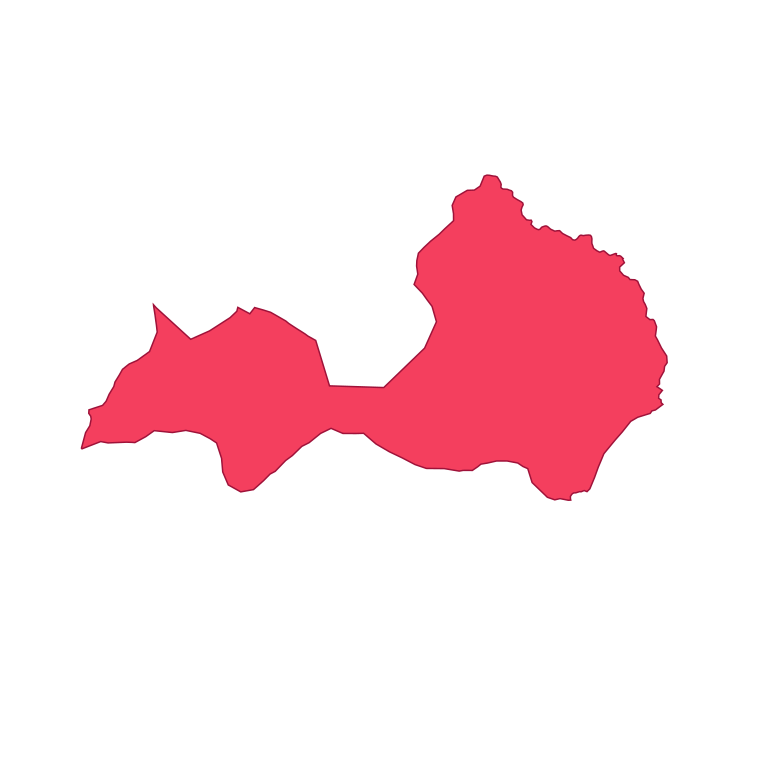 the district of Magama, Niger, Nigeria, rotated 44°
{"feature_id": "59680162B40491222708573", "entity_name": "Magama", "entity_type": "district", "adm_level": 2, "iso_a3": "NGA", "parent_name": "Nigeria", "parent_adm1": "Niger", "projection": "orthographic", "projection_center": [4.963, 10.29], "detail": "fine", "context": "isolated", "style": "filled", "palette": "rose", "viewbox_px": 768, "rotation_deg": 44, "n_neighbors": 0, "source": "geoboundaries", "source_scale": "gbopen_adm2", "svg_char_len": 3698}
<svg xmlns="http://www.w3.org/2000/svg" viewBox="0 0 768 768"><g transform="rotate(44 384 384)"><path d="M163.1,487.1L163.9,487.8L171.1,493.2L176.4,497.4L179.1,499.5L184.8,504.2L192.8,523.5L190.1,538.5L186.8,546.6L186.5,548.7L185.7,555.1L187.4,561.6L189.1,569.4L191.4,573.5L193.4,582.3L195.2,587.0L196.1,589.5L196.4,594.9L193.7,600.0L189.7,607.5L192.0,610.2L195.4,610.9L197.7,612.6L201.3,618.2L201.4,618.4L203.1,626.2L210.9,640.3L211.8,640.4L220.2,622.2L226.4,618.1L239.1,604.8L243.2,601.1L245.5,599.2L249.2,587.4L251.1,577.2L265.5,565.9L273.7,555.0L286.0,547.2L296.9,544.1L304.5,542.7L318.8,550.3L329.1,559.3L342.1,564.8L349.9,562.7L355.9,561.1L363.5,550.6L364.5,537.3L364.6,528.3L364.6,527.9L366.4,522.4L366.4,507.3L367.8,499.1L368.2,485.9L370.9,478.2L372.7,463.6L376.7,452.7L388.8,448.1L398.3,439.0L403.6,433.6L419.8,432.7L435.0,429.0L448.4,424.5L462.3,420.4L473.1,415.3L486.1,403.0L498.6,394.4L500.9,391.2L504.7,387.5L507.6,384.8L508.9,378.4L509.4,374.3L513.4,368.9L518.5,361.1L526.1,353.8L535.1,347.9L541.3,346.8L546.2,345.0L559.0,352.0L580.2,352.0L587.3,348.7L590.2,344.2L597.3,339.6L599.0,337.8L597.6,336.8L596.2,335.4L595.7,333.1L595.8,331.7L596.2,330.5L597.6,329.0L599.5,325.5L600.6,324.7L602.0,321.6L604.8,320.4L604.9,316.4L600.4,305.0L595.9,295.0L593.2,288.0L590.6,281.4L589.2,263.6L588.7,253.1L587.4,239.5L589.6,231.7L595.9,220.2L595.4,217.2L597.3,214.1L598.8,204.9L596.4,204.9L594.3,203.0L591.5,203.5L589.2,200.8L588.7,195.2L585.0,195.8L582.2,196.4L582.2,192.6L578.9,189.3L577.5,184.1L576.5,180.3L573.6,176.4L572.9,172.0L567.9,167.5L558.5,165.3L549.9,162.2L545.9,161.0L542.1,155.8L540.3,153.5L534.5,150.7L532.7,150.7L530.5,153.0L525.5,153.5L523.7,151.2L520.6,147.1L516.6,145.3L513.5,144.4L510.8,142.6L508.1,138.0L503.2,137.1L498.2,135.3L495.1,133.9L492.0,134.8L488.4,138.0L485.7,137.6L480.8,139.4L475.0,138.9L472.3,136.2L472.7,129.8L468.8,128.4L468.9,127.6L468.7,127.6L465.6,127.6L464.2,128.1L463.2,129.3L462.9,129.6L462.0,130.1L461.5,129.7L461.3,129.6L460.7,128.8L460.2,129.0L459.8,129.5L459.6,130.0L459.4,130.3L457.7,133.9L457.7,134.0L456.8,134.8L455.2,135.1L450.2,135.4L449.5,135.7L448.8,136.7L448.6,137.1L447.7,139.3L444.5,140.3L440.5,140.8L439.9,140.5L438.6,139.8L435.9,138.5L434.3,136.9L432.8,135.2L430.9,133.9L429.3,133.6L427.9,134.5L425.8,136.8L424.3,138.8L422.3,140.1L422.0,140.7L421.8,141.1L421.7,142.6L422.0,144.5L421.9,146.4L421.3,148.0L421.2,148.1L419.4,149.2L416.6,149.0L412.4,150.4L407.9,151.7L403.8,151.7L402.1,153.5L400.7,155.4L396.3,156.9L392.3,157.1L390.8,157.7L390.1,158.5L389.3,160.0L389.2,160.1L388.5,161.8L388.7,164.4L388.4,164.9L387.9,165.7L386.5,166.4L383.7,167.2L378.9,167.1L377.6,164.4L376.1,163.9L374.9,165.2L372.4,166.9L368.8,166.6L365.8,166.4L361.8,163.6L360.4,160.9L359.6,158.4L358.1,157.4L355.7,157.7L351.3,158.9L347.3,159.7L345.5,159.1L343.3,156.7L341.4,156.5L339.6,157.4L337.4,158.3L335.4,160.0L334.3,161.0L332.6,161.5L331.4,161.3L329.6,159.0L327.4,157.9L321.7,156.4L319.9,157.1L318.0,158.6L314.9,160.6L313.0,162.2L312.7,162.7L311.7,164.9L315.7,174.9L314.3,181.7L314.1,182.0L313.4,182.7L309.4,186.8L309.3,187.1L305.8,199.5L309.0,208.2L315.7,213.2L320.6,218.2L319.9,230.1L319.7,237.8L318.3,249.1L318.1,253.7L317.9,257.8L317.9,266.0L321.9,272.4L325.5,276.5L332.0,281.5L336.5,291.5L348.5,292.0L356.6,293.5L364.7,294.8L378.5,302.8L388.3,330.0L386.3,386.7L386.0,387.0L346.1,423.2L304.6,400.1L295.9,402.4L292.6,402.8L287.6,403.8L284.4,404.5L281.4,405.1L278.8,405.6L273.5,406.6L269.6,406.9L264.8,408.1L258.4,409.7L252.6,411.2L245.8,414.6L241.9,416.7L237.8,418.9L237.9,419.3L238.7,426.7L238.3,426.8L225.6,430.4L225.8,430.8L227.6,433.9L227.2,443.2L221.6,467.0L213.9,486.1L167.2,487.4L163.1,487.1Z" fill="#f43f5e" stroke="#9f1239" stroke-width="1.5"/></g></svg>